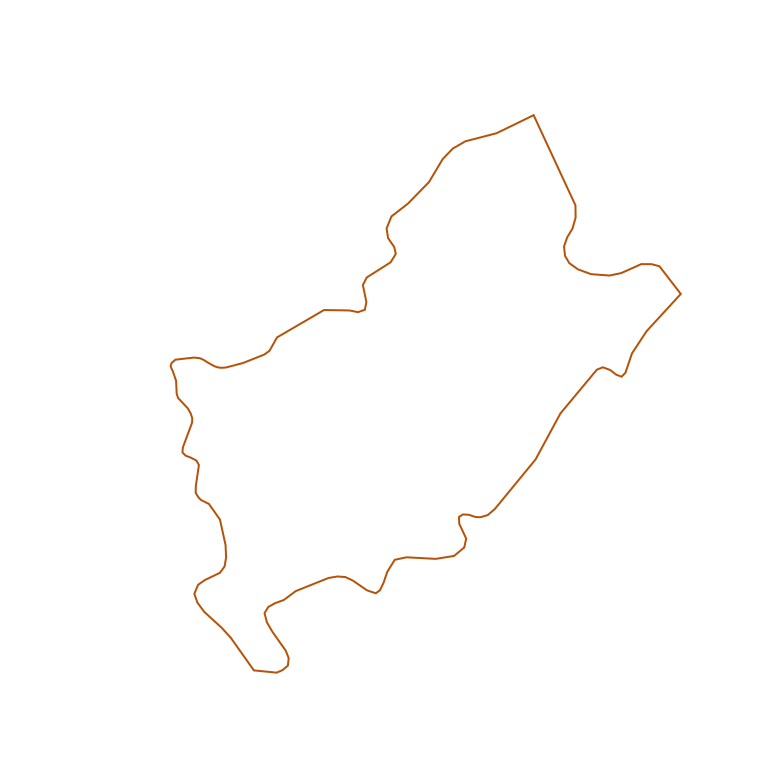 outline of Tissemsilt, rotated 312°
{"feature_id": "DZA-2206", "entity_name": "Tissemsilt", "entity_type": "Province", "adm_level": 1, "iso_a3": "DZA", "parent_name": "Algeria", "parent_adm1": "", "projection": "equal_earth", "projection_center": [1.694, 35.775], "detail": "fine", "context": "isolated", "style": "outline", "palette": "amber", "viewbox_px": 768, "rotation_deg": 312, "n_neighbors": 0, "source": "natural_earth", "source_scale": "10m", "svg_char_len": 1720}
<svg xmlns="http://www.w3.org/2000/svg" viewBox="0 0 768 768"><g transform="rotate(312 384 384)"><path d="M347.0,273.3L398.8,289.9L415.6,309.2L420.0,316.6L426.3,320.1L433.1,316.1L443.4,302.1L451.6,299.9L478.9,307.5L488.6,305.7L492.6,300.0L495.2,289.3L501.4,281.8L513.5,277.4L534.2,281.1L564.2,282.3L590.4,277.1L605.1,277.6L618.9,282.1L645.6,299.8L683.9,315.3L644.9,406.7L635.8,415.1L625.6,420.1L615.6,422.0L606.6,425.8L600.3,432.9L597.8,440.9L599.0,451.5L604.2,464.4L615.5,479.0L625.2,486.1L645.3,495.0L652.2,502.8L655.8,510.0L649.5,544.3L598.9,543.8L572.7,547.8L553.9,555.9L548.4,555.7L546.3,550.3L545.8,542.9L542.9,535.5L537.1,532.6L480.2,534.8L429.4,547.1L365.2,550.0L356.1,548.8L349.6,544.9L346.5,541.2L343.5,534.4L339.8,529.9L335.4,528.7L330.5,533.4L324.1,548.5L316.3,553.0L303.1,551.1L288.7,539.5L270.2,516.6L260.5,509.6L246.7,512.1L235.9,516.7L228.1,519.0L223.0,518.0L219.3,509.5L217.1,492.5L214.7,484.5L210.0,478.4L202.8,472.6L171.1,457.0L156.3,454.0L148.2,449.7L140.9,447.2L133.8,448.5L128.5,456.5L125.1,467.2L120.1,489.4L116.5,496.6L110.4,501.0L103.3,500.0L97.6,497.3L84.1,478.9L92.9,439.9L94.2,426.6L94.4,402.8L96.7,391.6L101.2,383.4L110.4,380.2L118.3,382.0L133.9,388.4L141.8,387.6L149.6,382.6L158.3,374.0L173.5,352.8L177.7,334.2L175.3,325.3L175.7,321.5L177.1,316.9L182.3,312.4L199.9,300.7L201.6,295.8L200.0,289.7L198.0,284.5L198.2,280.1L202.2,277.0L226.7,267.3L230.2,264.5L232.7,260.2L234.6,254.7L235.8,240.4L237.9,236.6L247.3,227.3L252.4,218.1L253.0,216.4L253.6,215.2L254.7,213.3L257.5,212.1L262.5,212.7L276.6,225.2L280.0,230.0L281.3,234.1L281.9,238.1L283.6,245.6L284.9,248.9L287.1,252.2L290.5,255.5L305.3,265.2L325.7,275.3L332.1,276.7L347.0,273.3Z" fill="none" stroke="#b45309" stroke-width="2"/></g></svg>